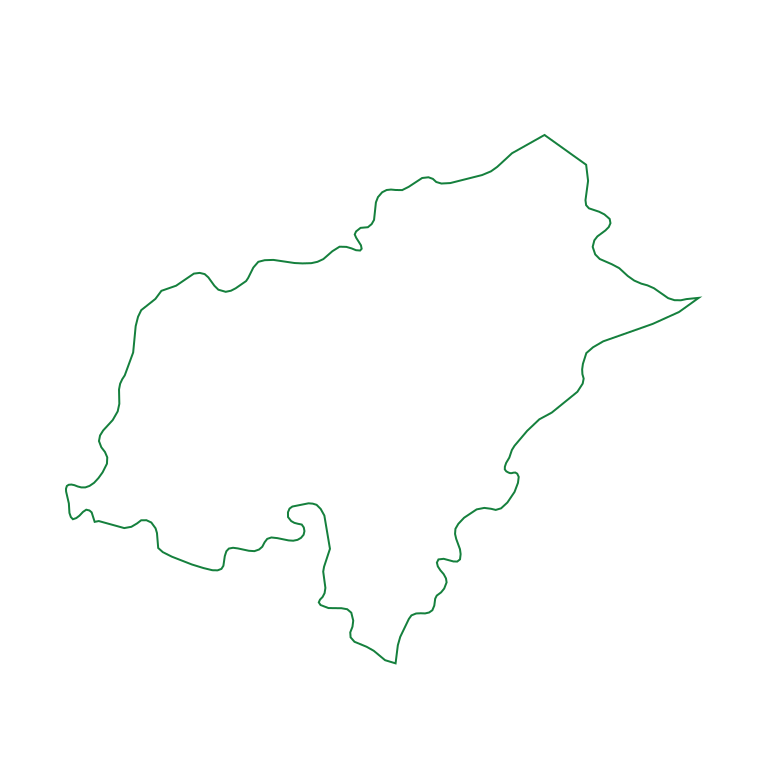 an SVG outline of Buzau, rotated 100°
{"feature_id": "ROU-314", "entity_name": "Buzau", "entity_type": "County", "adm_level": 1, "iso_a3": "ROU", "parent_name": "Romania", "parent_adm1": "", "projection": "albers", "projection_center": [26.856, 45.281], "detail": "fine", "context": "isolated", "style": "outline", "palette": "green", "viewbox_px": 768, "rotation_deg": 100, "n_neighbors": 0, "source": "natural_earth", "source_scale": "10m", "svg_char_len": 3393}
<svg xmlns="http://www.w3.org/2000/svg" viewBox="0 0 768 768"><g transform="rotate(100 384 384)"><path d="M212.7,202.3L219.7,198.5L223.4,193.3L226.5,180.4L229.1,172.4L235.3,162.7L238.7,155.5L240.5,148.0L241.1,141.7L242.8,134.8L250.1,119.1L251.0,112.5L250.0,106.2L247.9,101.0L244.5,89.0L261.8,105.9L278.2,129.9L303.9,175.5L311.5,184.5L318.4,190.1L329.6,191.6L335.2,191.4L339.9,190.3L344.0,188.3L349.1,188.4L358.1,192.2L383.0,213.8L391.8,224.9L405.3,234.9L422.1,244.7L426.8,246.6L434.7,247.8L440.5,250.0L444.5,250.6L447.1,250.2L448.8,248.4L449.6,246.0L449.9,244.3L449.6,242.7L448.9,241.3L448.4,239.3L449.2,237.2L452.1,235.2L458.1,234.9L467.6,236.7L479.3,241.9L486.1,247.1L488.6,252.1L488.3,256.9L488.6,263.7L491.4,271.0L501.8,281.9L508.8,286.5L514.2,288.5L519.3,288.0L524.0,286.0L533.5,280.5L538.2,279.0L543.5,278.7L546.1,281.0L546.7,284.7L545.8,294.9L547.3,299.9L550.7,300.9L554.3,299.3L557.8,296.0L560.9,292.2L564.7,289.2L568.5,287.9L575.0,289.2L579.3,291.6L583.2,295.3L586.5,296.3L593.5,296.0L598.4,297.1L601.2,299.9L602.8,303.7L603.4,308.0L604.4,312.5L607.1,316.8L611.0,318.7L630.2,324.1L638.9,325.0L657.1,324.1L655.8,335.0L648.5,347.8L645.8,355.5L643.0,368.3L639.3,372.9L634.5,374.1L628.5,372.9L622.4,373.2L614.9,376.5L612.2,381.1L612.2,386.9L614.3,399.8L612.7,408.1L610.4,410.3L607.5,409.6L604.4,407.5L600.3,406.2L595.0,406.3L579.3,411.3L574.4,411.3L555.7,408.6L523.9,419.9L518.0,424.7L514.7,429.4L514.2,433.4L514.6,437.6L520.6,453.0L523.1,455.4L527.0,456.3L531.7,455.4L535.1,451.6L536.3,448.2L536.6,444.6L536.7,440.6L539.2,438.1L542.7,436.8L546.4,437.0L549.9,439.0L552.5,442.1L554.1,446.2L554.6,450.8L554.3,462.2L554.7,468.3L556.8,472.1L560.6,474.1L565.4,475.6L568.7,478.3L571.1,482.6L571.7,488.1L571.3,499.4L571.5,504.2L573.0,508.2L576.1,510.2L581.2,510.9L590.9,510.6L594.3,512.0L596.4,515.5L597.2,520.7L596.6,529.9L595.1,541.9L590.9,562.9L588.0,572.6L584.7,577.9L570.2,581.7L565.8,583.9L560.8,589.1L559.4,594.3L560.4,599.5L564.2,603.0L568.5,608.0L571.0,614.8L568.5,641.1L570.0,645.0L561.2,649.6L559.7,652.1L559.5,655.4L562.2,658.2L566.6,661.1L569.5,663.8L571.2,666.9L569.4,669.3L565.6,671.4L556.4,673.6L545.1,678.4L542.4,679.0L539.5,678.6L538.0,677.0L537.3,674.4L537.4,671.3L538.1,667.9L538.4,664.1L537.7,660.2L535.5,656.3L531.7,652.4L526.3,648.9L519.9,645.8L510.6,643.0L504.3,643.8L499.4,647.0L495.4,651.4L489.7,654.8L484.0,654.7L478.5,652.5L466.6,644.9L457.2,641.5L449.5,641.2L435.4,644.0L429.5,643.9L424.7,642.6L420.5,640.8L396.5,636.5L370.1,638.6L360.5,637.9L353.4,635.9L339.9,623.9L330.9,619.4L323.3,605.8L308.3,590.4L306.6,584.8L306.9,579.7L309.5,575.5L316.7,568.1L319.9,563.5L320.7,555.9L318.7,550.9L315.5,546.7L306.6,537.7L303.2,536.2L292.0,532.9L285.5,529.0L282.8,523.0L281.0,514.5L280.4,493.2L279.4,485.3L277.6,476.5L275.2,470.7L271.5,465.4L262.2,457.9L256.5,451.6L255.5,444.9L256.1,439.4L257.1,434.8L256.7,430.7L254.7,429.5L251.4,430.8L244.8,436.8L241.8,438.8L238.6,438.0L234.3,434.2L232.4,427.1L228.6,423.9L224.1,422.3L206.5,423.5L201.0,422.4L195.5,419.1L192.5,415.1L191.3,410.9L190.9,406.1L189.9,399.8L185.6,394.0L174.5,382.2L172.7,376.1L173.5,371.5L176.0,367.6L176.6,362.3L174.6,353.6L161.2,323.7L156.0,315.6L150.5,310.2L134.5,298.0L110.9,269.2L133.0,223.0L148.5,218.3L168.0,217.5L172.8,216.0L175.4,212.7L177.0,202.0L178.7,196.4L182.3,190.4L186.3,188.9L190.4,189.9L194.3,192.6L201.6,199.5L206.0,201.8L212.7,202.3Z" fill="none" stroke="#15803d" stroke-width="2"/></g></svg>